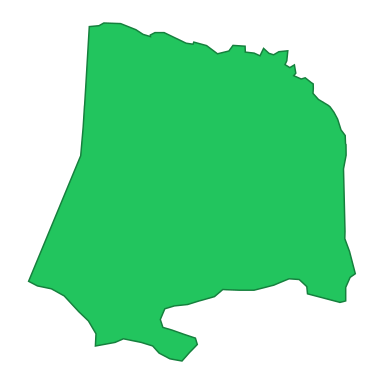 Guánica, Puerto Rico (Natural Earth projection)
{"feature_id": "32010507B43804230876127", "entity_name": "Guánica", "entity_type": "district", "adm_level": 2, "iso_a3": "PRI", "parent_name": "Puerto Rico", "parent_adm1": "", "projection": "natural_earth1", "projection_center": [-66.908, 17.98], "detail": "fine", "context": "isolated", "style": "filled", "palette": "green", "viewbox_px": 384, "rotation_deg": 0, "n_neighbors": 0, "source": "geoboundaries", "source_scale": "gbopen_adm2", "svg_char_len": 1515}
<svg xmlns="http://www.w3.org/2000/svg" viewBox="0 0 384 384"><path d="M287.8,50.8L278.9,51.7L273.6,54.8L268.9,53.3L263.6,48.4L260.0,55.8L254.1,53.1L245.3,52.1L245.1,46.2L233.0,45.4L228.9,51.0L217.5,53.8L206.6,45.6L193.8,42.1L193.0,44.2L186.1,43.2L164.1,32.6L155.0,32.6L150.3,35.0L150.5,36.6L143.1,34.4L135.9,29.7L120.6,23.6L103.8,23.0L99.0,25.7L89.3,26.6L85.7,87.8L84.6,105.5L84.5,105.9L83.2,126.8L80.7,155.8L79.3,159.1L28.6,281.3L37.4,285.9L51.4,288.8L64.2,295.9L78.8,311.7L88.4,320.9L96.0,333.8L95.4,346.0L115.1,342.4L123.4,338.8L141.2,342.4L149.9,345.1L152.2,345.8L152.7,346.0L159.1,353.1L161.0,354.1L162.5,354.9L169.9,358.8L173.6,359.5L182.0,361.0L189.6,352.4L192.0,350.0L197.3,344.5L195.4,338.1L193.5,337.5L184.5,334.5L172.9,330.4L172.4,330.2L162.9,327.4L160.3,319.5L164.8,308.8L172.1,306.6L174.4,305.9L187.7,304.5L199.2,300.9L201.5,300.3L214.5,296.6L222.8,289.5L226.3,289.7L239.8,290.2L240.0,290.2L252.0,290.2L254.0,290.2L264.7,287.5L271.2,285.8L273.7,285.2L279.1,282.9L289.0,278.8L299.2,279.5L306.8,286.6L307.5,293.8L307.8,293.9L335.5,301.2L339.3,302.2L339.9,302.4L343.2,301.6L345.7,300.9L345.7,296.8L345.7,287.4L350.1,277.4L355.3,273.7L349.5,251.4L344.8,238.7L345.0,231.4L343.5,168.9L346.1,155.2L346.0,144.6L345.5,143.7L345.2,135.5L341.0,129.9L337.6,119.1L333.9,112.2L330.0,106.8L328.3,105.4L318.5,99.5L313.0,93.4L313.3,88.3L313.2,83.9L311.1,82.5L305.2,77.8L301.2,79.0L293.7,75.7L295.8,73.2L294.4,64.9L289.8,67.6L285.0,64.6L286.8,60.8L287.8,50.8Z" fill="#22c55e" stroke="#15803d" stroke-width="1.5"/></svg>